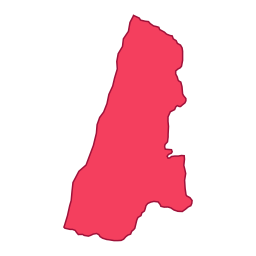 the district of Tel Aviv, Tel Aviv, Israel
{"feature_id": "584046B34315111222202", "entity_name": "Tel Aviv", "entity_type": "district", "adm_level": 2, "iso_a3": "ISR", "parent_name": "Israel", "parent_adm1": "Tel Aviv", "projection": "albers", "projection_center": [34.824, 32.095], "detail": "fine", "context": "isolated", "style": "filled", "palette": "rose", "viewbox_px": 256, "rotation_deg": 0, "n_neighbors": 0, "source": "geoboundaries", "source_scale": "gbopen_adm2", "svg_char_len": 1952}
<svg xmlns="http://www.w3.org/2000/svg" viewBox="0 0 256 256"><path d="M63.9,227.1L64.9,228.2L70.1,229.4L72.5,229.4L75.2,230.4L76.6,232.5L78.3,234.5L82.6,234.4L84.2,235.4L88.4,236.1L90.5,235.4L93.2,234.1L96.6,233.5L98.9,234.7L100.1,236.6L102.6,238.2L106.8,239.5L108.7,239.7L114.1,240.6L117.5,240.6L121.2,240.4L123.6,239.2L125.8,236.7L127.9,235.1L130.6,234.1L131.7,231.3L133.6,229.7L134.8,228.3L135.8,224.1L136.8,220.0L137.5,218.4L138.0,217.4L141.0,215.6L141.8,212.9L144.4,211.0L145.1,209.0L146.0,205.6L147.7,203.5L150.7,202.1L153.9,201.4L158.1,201.9L160.1,204.4L160.9,206.3L164.1,207.1L167.9,207.0L170.9,207.9L174.0,210.0L177.9,211.3L182.3,211.5L185.8,209.0L186.3,208.5L188.4,206.8L190.8,205.7L191.8,203.4L192.1,200.5L190.0,197.7L186.7,195.9L186.0,194.7L185.1,188.3L184.6,180.2L185.7,173.5L184.7,169.0L183.8,165.4L184.5,159.2L184.2,155.7L181.4,155.5L178.2,156.1L174.7,156.1L171.5,156.5L169.8,157.9L168.1,158.2L167.1,156.2L168.5,154.4L171.3,153.2L172.2,151.8L171.5,149.7L165.3,149.2L164.6,146.8L165.0,144.5L167.5,141.8L168.1,137.0L168.1,134.3L168.5,126.4L168.0,121.5L168.0,116.9L170.3,111.8L174.6,109.6L175.8,106.8L177.3,105.6L179.2,106.5L180.6,106.5L182.4,104.9L184.9,102.9L185.9,100.8L185.9,98.6L183.5,95.6L182.6,93.8L182.0,86.7L180.8,82.1L179.0,81.1L178.0,79.9L177.3,77.1L175.7,74.0L175.7,70.9L178.1,68.9L180.2,67.8L181.5,66.2L182.6,60.4L182.6,55.8L182.6,51.2L182.1,47.9L180.5,45.1L177.4,43.4L176.1,40.6L173.3,38.9L172.2,35.9L170.0,35.5L166.5,34.1L164.5,32.2L162.9,31.3L161.6,30.6L159.7,29.6L158.8,27.3L156.6,26.6L153.5,25.9L150.2,23.6L148.5,21.6L145.1,21.2L140.5,20.1L139.3,18.1L133.5,15.4L133.3,16.1L130.0,22.4L128.4,31.4L123.4,38.8L122.5,46.5L118.2,53.7L116.8,61.4L117.3,69.0L114.6,78.0L112.7,86.1L108.9,94.4L107.0,103.6L103.7,112.0L99.7,117.4L97.1,124.7L96.4,133.2L93.4,145.5L89.4,156.2L86.1,165.0L78.9,171.3L73.0,182.5L72.1,190.6L71.2,200.5L69.7,205.7L67.5,215.6L64.6,225.2L63.9,227.1Z" fill="#f43f5e" stroke="#9f1239" stroke-width="1.5"/></svg>